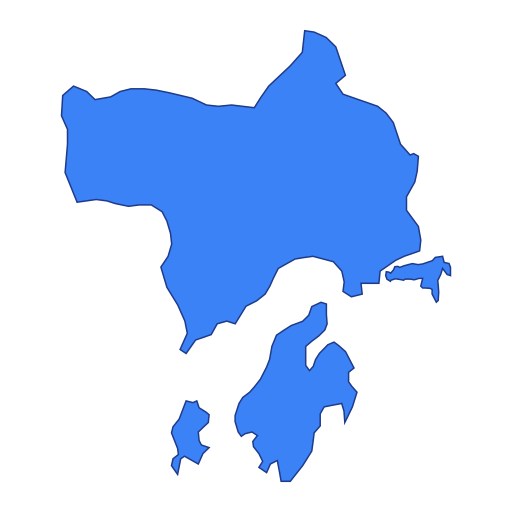 Langkawi, Kedah, Malaysia (Robinson projection)
{"feature_id": "92858781B39946702986092", "entity_name": "Langkawi", "entity_type": "district", "adm_level": 2, "iso_a3": "MYS", "parent_name": "Malaysia", "parent_adm1": "Kedah", "projection": "robinson", "projection_center": [99.815, 6.325], "detail": "fine", "context": "isolated", "style": "filled", "palette": "blue", "viewbox_px": 512, "rotation_deg": 0, "n_neighbors": 0, "source": "geoboundaries", "source_scale": "gbopen_adm2", "svg_char_len": 2935}
<svg xmlns="http://www.w3.org/2000/svg" viewBox="0 0 512 512"><path d="M377.7,106.3L343.0,94.2L335.8,83.4L345.4,75.3L335.8,46.9L326.2,37.5L314.2,32.1L304.7,30.7L302.3,52.3L290.3,65.8L268.7,86.1L260.3,98.2L254.3,107.7L242.4,106.3L231.6,105.0L218.4,106.3L206.4,105.0L192.1,98.2L169.3,92.8L156.1,90.1L144.2,88.8L131.0,88.8L120.2,91.5L110.6,96.9L95.0,99.6L86.7,91.5L73.5,86.1L62.7,95.5L61.5,115.8L67.5,129.3L67.5,144.2L65.1,172.5L77.1,202.2L96.2,199.5L107.0,200.9L115.4,203.6L128.6,206.3L139.4,204.9L151.3,204.9L162.1,211.7L166.9,221.1L170.5,233.3L171.7,244.1L168.1,256.3L160.9,267.1L166.9,287.3L177.7,304.9L184.9,321.1L187.3,333.3L180.1,349.5L186.1,353.5L195.6,340.0L211.2,334.6L217.2,323.8L226.8,321.1L235.2,323.8L246.0,306.2L256.7,300.8L265.1,294.1L269.9,286.0L273.5,277.9L278.3,268.4L287.9,263.0L295.1,259.0L303.5,257.6L313.0,256.3L333.4,261.7L341.8,271.1L344.2,281.9L343.0,291.4L351.4,296.8L362.2,294.1L361.0,283.3L378.9,283.3L380.1,271.1L395.7,260.3L404.1,256.3L419.6,250.9L420.8,240.1L418.4,226.5L406.5,210.3L406.5,196.8L414.8,182.0L417.2,171.2L418.4,156.3L413.7,153.6L410.1,155.0L400.5,144.2L393.3,122.6L386.1,113.1L377.7,106.3ZM305.7,365.4L305.7,355.9L305.7,346.4L311.8,341.2L318.7,336.0L324.8,330.0L327.1,323.9L326.4,314.4L326.4,304.0L321.0,302.3L311.8,306.6L308.7,315.3L302.6,321.3L291.1,325.6L284.2,330.0L276.5,335.2L271.9,346.4L269.6,359.4L266.6,367.1L260.4,379.2L254.3,387.0L249.7,392.2L242.8,397.4L239.0,403.5L235.1,415.6L235.1,421.6L238.2,432.0L241.3,436.3L245.1,433.7L252.0,432.0L257.4,435.5L252.8,441.5L253.5,446.7L258.9,453.6L262.7,461.4L258.9,467.4L266.6,472.6L270.4,464.0L277.3,460.5L279.6,472.6L281.1,481.3L290.3,481.3L295.7,474.4L302.6,465.7L306.4,459.7L311.8,451.0L313.3,439.8L314.1,432.9L320.2,425.9L320.2,413.8L324.1,406.9L332.5,405.2L341.7,403.5L344.0,411.2L344.8,422.5L347.8,416.4L352.4,406.9L357.0,392.2L351.7,386.2L348.6,381.8L348.6,372.3L354.0,368.0L345.5,351.6L338.6,345.5L334.0,342.1L327.9,344.7L319.5,353.3L315.6,359.4L313.3,366.3L309.5,370.6L305.7,365.4ZM196.8,400.9L193.0,402.6L186.1,400.9L179.2,419.0L173.0,426.8L171.5,432.9L177.6,448.4L178.4,454.5L173.0,458.8L171.5,465.7L177.6,474.4L180.7,458.8L184.5,456.2L190.7,459.7L198.3,464.0L202.9,453.6L209.1,447.6L201.4,445.0L199.1,440.6L198.3,432.0L203.7,426.8L208.3,422.5L209.1,414.7L206.0,412.1L199.1,407.8L196.8,400.9ZM449.0,263.5L444.1,262.4L442.6,256.3L435.3,257.4L432.3,260.7L422.5,264.0L418.0,264.6L412.4,263.6L409.5,264.3L407.0,265.0L404.2,265.7L399.8,267.4L397.9,266.4L394.8,266.7L393.5,269.9L390.7,273.1L388.8,272.1L386.3,271.7L385.7,275.6L386.9,279.1L390.4,281.3L391.0,280.2L395.4,278.8L400.1,279.5L403.6,280.2L405.1,279.1L410.2,279.1L414.2,279.8L419.0,278.4L422.7,278.4L421.5,283.0L420.8,286.2L422.7,288.0L425.2,288.0L429.9,288.3L432.1,289.4L432.1,294.0L436.3,302.2L438.2,300.5L438.7,292.2L438.2,285.0L437.7,280.6L440.7,274.5L442.6,268.4L447.1,274.5L450.5,275.6L450.5,267.3L449.0,263.5Z" fill="#3b82f6" stroke="#1e3a8a" stroke-width="1.5"/></svg>